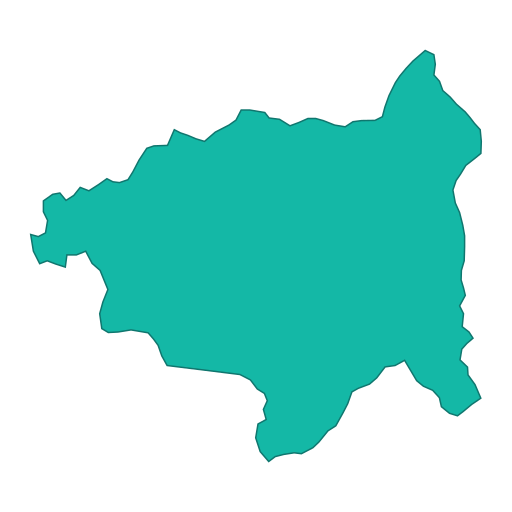 Jandaia do Sul, Paraná, Brazil
{"feature_id": "56859067B22052516626747", "entity_name": "Jandaia do Sul", "entity_type": "district", "adm_level": 2, "iso_a3": "BRA", "parent_name": "Brazil", "parent_adm1": "Paraná", "projection": "robinson", "projection_center": [-51.684, -23.629], "detail": "fine", "context": "isolated", "style": "filled", "palette": "teal", "viewbox_px": 512, "rotation_deg": 0, "n_neighbors": 0, "source": "geoboundaries", "source_scale": "gbopen_adm2", "svg_char_len": 1933}
<svg xmlns="http://www.w3.org/2000/svg" viewBox="0 0 512 512"><path d="M268.7,461.5L275.2,456.6L283.8,454.4L294.2,452.8L301.4,453.7L312.9,447.7L318.9,442.0L328.0,430.8L335.8,425.8L343.0,412.8L347.7,403.7L351.9,391.9L358.3,388.3L369.5,384.1L376.7,377.9L385.1,366.9L395.1,365.5L404.6,360.3L416.7,380.7L423.4,386.2L432.7,390.3L439.4,397.7L441.4,406.7L449.5,413.3L457.5,415.8L463.2,411.5L471.7,404.4L480.8,398.2L475.0,384.6L468.0,374.9L467.5,367.1L460.0,359.9L461.8,349.1L466.9,343.4L473.0,338.2L469.0,332.0L462.2,326.7L463.5,313.7L459.6,305.9L465.3,295.4L463.5,287.9L461.1,279.9L461.4,270.4L464.2,260.8L464.6,246.7L464.6,235.8L462.8,225.4L459.6,212.6L455.3,203.0L452.9,190.0L456.1,180.5L460.4,174.3L465.8,165.4L474.4,158.7L480.9,153.4L481.3,141.4L480.2,129.7L474.4,123.3L470.1,117.7L465.1,111.8L456.4,104.2L450.2,97.1L442.8,90.6L439.5,81.3L433.9,75.0L435.3,64.3L433.9,54.7L425.2,50.5L413.0,61.0L406.2,68.3L399.8,76.0L395.4,82.6L389.0,95.6L384.9,107.1L382.4,116.7L375.0,120.4L361.6,120.6L353.0,121.7L345.2,126.8L334.7,125.1L323.3,120.6L315.7,118.5L307.9,118.5L298.9,122.5L290.0,125.8L279.5,119.3L269.1,118.0L264.8,112.5L249.7,110.0L241.2,110.0L236.0,120.1L229.1,125.0L215.3,132.1L204.5,141.4L195.9,138.8L187.9,135.4L180.5,132.9L174.3,129.7L167.5,145.4L153.9,145.9L146.8,148.3L139.1,160.0L132.8,172.0L128.0,179.7L119.5,182.6L112.9,181.8L106.9,178.7L98.7,184.5L88.9,190.8L80.2,187.4L73.8,195.4L66.0,200.4L59.9,193.0L52.7,194.3L43.4,200.9L43.4,211.8L47.6,220.4L45.5,232.9L38.3,236.6L30.7,234.5L33.4,251.2L39.7,263.7L47.2,260.8L56.2,264.2L65.3,267.1L66.9,254.9L76.4,254.9L85.7,251.2L92.1,263.4L100.1,270.4L107.9,289.5L102.9,302.0L99.7,313.7L101.8,328.6L108.3,332.5L118.0,332.0L131.0,329.9L148.1,332.8L153.5,339.0L158.1,345.3L161.8,355.9L167.1,365.5L239.9,374.5L250.4,379.9L257.3,389.0L264.4,393.4L267.3,400.7L263.4,409.4L266.2,419.5L258.0,424.0L255.7,437.8L260.2,451.6L268.7,461.5Z" fill="#14b8a6" stroke="#0f766e" stroke-width="1.5"/></svg>